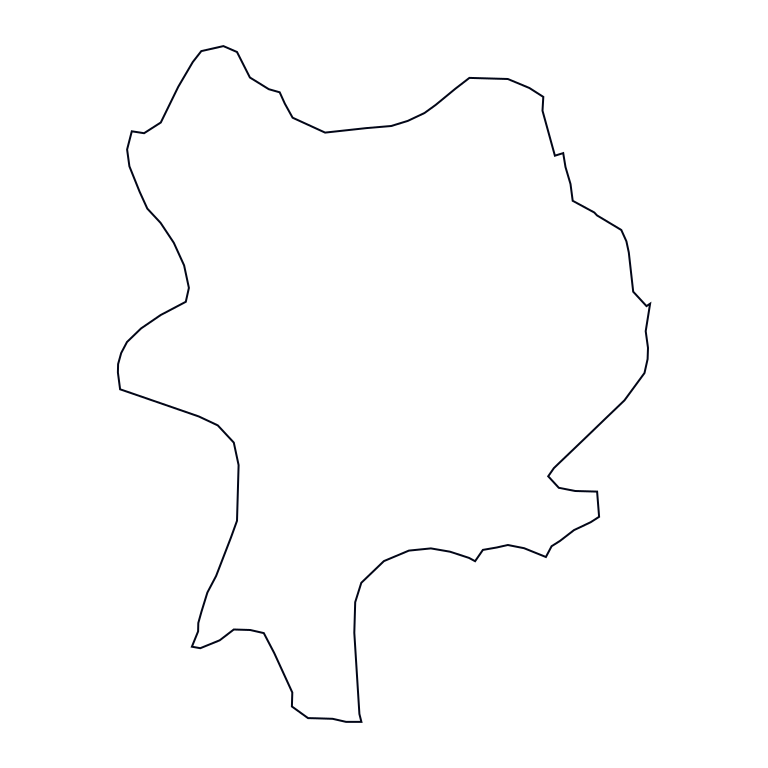 outline of Minuf City, Al Minufiyah, Egypt
{"feature_id": "37247803B55746965305944", "entity_name": "Minuf City", "entity_type": "district", "adm_level": 2, "iso_a3": "EGY", "parent_name": "Egypt", "parent_adm1": "Al Minufiyah", "projection": "robinson", "projection_center": [30.931, 30.462], "detail": "fine", "context": "isolated", "style": "outline", "palette": "ink", "viewbox_px": 768, "rotation_deg": 0, "n_neighbors": 0, "source": "geoboundaries", "source_scale": "gbopen_adm2", "svg_char_len": 1494}
<svg xmlns="http://www.w3.org/2000/svg" viewBox="0 0 768 768"><path d="M545.9,557.0L551.6,546.2L560.0,540.9L574.0,530.1L590.7,522.2L599.1,516.8L597.1,491.6L575.2,491.0L558.8,487.8L548.2,476.3L553.9,468.1L559.5,462.7L570.8,451.9L587.8,435.6L604.7,419.3L624.5,400.3L644.5,373.0L647.6,359.1L648.0,347.9L645.7,331.2L650.1,303.7L646.5,306.1L633.2,291.7L628.8,252.5L626.4,241.3L621.3,230.0L597.0,215.4L594.3,212.5L572.7,200.8L570.5,184.0L565.5,167.1L563.2,153.1L554.9,155.7L542.5,110.7L543.3,96.9L529.4,88.0L507.8,79.0L469.4,77.9L455.4,88.7L435.7,104.9L424.5,113.0L407.8,120.9L391.2,126.0L366.4,128.1L325.1,132.6L292.6,117.7L284.8,103.6L279.7,92.3L268.8,89.2L249.9,77.5L237.0,52.0L223.4,46.1L201.3,51.1L192.8,62.0L178.3,86.7L160.8,122.5L144.1,133.2L131.8,131.3L127.1,149.5L129.4,166.3L139.6,191.7L147.3,208.6L160.6,222.9L173.8,242.8L184.1,265.4L188.9,287.9L185.8,301.8L160.7,315.0L141.1,328.4L127.0,342.0L121.2,353.0L118.1,364.1L117.9,372.5L120.1,389.3L131.2,393.1L198.9,416.5L217.8,425.4L233.8,442.6L238.6,465.1L237.0,520.8L231.0,537.4L216.1,576.0L207.4,592.5L201.4,611.9L198.3,623.0L198.1,631.4L191.9,646.7L200.3,648.2L219.7,640.3L233.8,629.5L250.2,630.0L263.8,633.1L274.2,653.0L292.3,692.5L291.9,706.5L308.0,718.1L316.2,718.3L332.6,718.8L346.2,721.9L361.4,721.9L359.4,714.0L354.3,632.8L355.2,602.2L361.3,582.8L383.9,561.1L408.9,550.6L430.9,548.4L450.0,551.7L469.0,557.9L475.1,561.2L482.9,549.9L496.7,547.5L507.8,545.0L524.1,548.2L545.9,557.0Z" fill="none" stroke="#020617" stroke-width="2"/></svg>